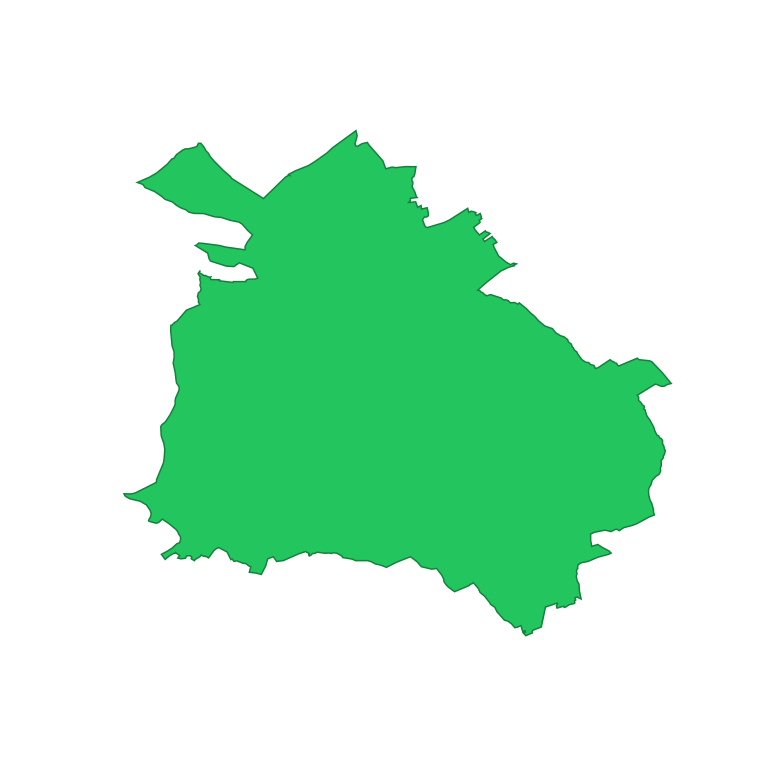 Madulari, Vâlcea, Romania, rotated 166°
{"feature_id": "2599482B97246339752941", "entity_name": "Madulari", "entity_type": "district", "adm_level": 2, "iso_a3": "ROU", "parent_name": "Romania", "parent_adm1": "Vâlcea", "projection": "natural_earth1", "projection_center": [24.096, 44.675], "detail": "fine", "context": "isolated", "style": "filled", "palette": "green", "viewbox_px": 768, "rotation_deg": 166, "n_neighbors": 0, "source": "geoboundaries", "source_scale": "gbopen_adm2", "svg_char_len": 6171}
<svg xmlns="http://www.w3.org/2000/svg" viewBox="0 0 768 768"><g transform="rotate(166 384 384)"><path d="M505.8,662.5L507.8,660.1L509.1,659.5L516.9,659.5L520.1,660.2L523.1,659.6L529.8,656.8L533.6,653.6L535.4,653.7L541.1,649.7L553.4,643.8L561.6,641.4L574.6,639.2L570.4,636.5L569.4,635.4L568.3,632.4L560.2,626.4L554.7,620.3L551.7,616.1L545.3,611.9L542.4,607.9L538.8,604.3L534.0,600.9L531.6,597.8L526.5,595.3L517.7,593.0L508.3,587.4L501.7,585.0L493.6,580.0L485.8,576.3L483.1,573.7L479.0,565.8L475.5,560.5L482.5,554.5L485.5,551.1L486.3,547.8L504.3,555.1L510.6,558.4L526.3,564.5L529.8,565.6L532.0,564.2L533.5,564.0L523.4,553.6L523.4,547.8L522.6,545.2L508.4,536.5L501.2,534.2L495.1,536.6L483.2,528.1L480.9,517.3L483.8,517.0L489.9,518.4L492.0,518.2L493.1,517.5L493.3,516.8L505.4,519.8L506.0,519.1L518.8,524.0L518.4,524.9L526.9,527.3L526.7,529.4L526.2,529.8L527.7,529.9L531.3,532.6L532.4,532.8L536.3,536.7L534.8,538.6L537.7,536.1L536.5,532.0L537.4,530.1L537.5,526.6L538.7,524.4L538.4,520.6L539.7,518.5L542.0,517.4L543.8,514.1L543.5,511.1L544.3,508.3L543.4,505.6L557.9,503.4L569.6,495.1L572.4,494.3L575.6,492.3L576.6,492.5L578.0,487.7L580.4,472.2L579.9,466.2L581.2,460.6L583.5,455.3L583.8,445.9L585.0,436.4L585.0,435.1L583.6,431.0L583.8,429.2L584.8,427.0L589.6,420.8L590.9,417.8L591.3,415.4L592.4,413.5L599.1,405.8L605.3,400.1L609.3,398.3L610.9,396.7L612.7,387.7L612.0,379.2L612.6,373.3L615.4,364.7L617.1,360.8L627.7,346.4L628.8,343.6L651.9,338.4L656.5,338.6L662.8,340.4L662.5,338.5L661.7,337.2L658.4,334.1L648.9,329.2L643.7,324.1L641.5,318.1L641.2,314.9L642.2,312.2L645.5,308.5L645.2,307.6L638.7,304.0L636.1,304.2L631.8,306.5L626.4,300.5L621.1,293.3L619.9,290.7L619.5,287.9L618.4,284.9L619.1,282.1L620.7,279.5L623.9,279.0L629.2,276.1L634.4,274.3L641.2,272.6L638.8,266.7L634.3,268.9L629.9,270.4L627.7,270.3L627.2,271.0L623.8,267.0L626.2,265.0L623.4,263.5L618.8,262.9L617.1,265.0L614.1,264.4L612.6,263.2L612.4,262.2L613.3,261.5L613.2,260.8L610.6,258.4L609.9,259.3L604.1,261.1L602.7,262.3L601.2,260.8L598.1,259.5L596.3,257.7L589.2,263.6L586.1,265.0L584.0,265.3L576.9,259.0L575.1,250.6L573.7,250.9L572.5,248.2L569.6,248.0L564.5,244.4L561.1,242.9L559.3,240.3L557.4,239.0L560.2,233.9L554.2,231.6L549.1,228.9L542.8,236.1L539.2,242.5L533.1,243.1L531.1,237.8L524.3,237.0L508.2,239.8L500.6,240.4L497.6,237.5L498.4,236.5L498.1,235.2L496.0,235.7L494.4,236.8L492.0,236.4L489.6,237.0L482.0,234.0L478.1,233.3L476.2,232.3L473.9,232.5L470.7,231.3L466.2,227.0L466.3,225.7L457.3,221.8L454.3,219.5L442.7,216.6L439.5,214.8L436.0,211.6L430.7,208.9L426.0,205.5L415.0,208.0L400.1,210.0L394.8,203.4L392.0,197.7L382.5,192.8L377.6,192.3L374.1,184.3L373.3,180.4L373.6,177.6L372.4,174.4L370.8,171.5L365.8,165.4L349.7,167.9L349.4,168.7L346.9,168.9L345.4,169.6L342.1,163.3L341.2,158.5L337.8,153.9L334.3,146.2L334.0,144.5L330.5,140.5L329.5,135.7L324.3,125.7L321.5,124.2L318.4,120.7L316.0,115.9L313.0,115.8L309.6,116.5L309.3,110.3L306.8,110.4L306.6,109.6L306.9,109.1L309.1,108.8L307.3,105.5L300.1,106.6L300.2,107.7L299.1,109.1L290.2,110.1L281.3,128.5L268.9,129.5L268.7,128.6L270.4,127.1L270.3,124.7L264.0,124.9L263.4,124.7L263.2,123.7L261.8,123.6L257.9,125.0L252.2,125.0L251.8,125.5L251.6,127.4L250.2,128.0L250.5,130.0L249.9,130.5L248.1,130.5L244.8,127.7L244.4,136.2L243.2,142.7L244.2,146.1L244.0,150.9L242.6,153.2L242.6,155.4L242.0,157.1L240.5,158.3L240.5,159.4L239.4,161.6L235.9,162.8L228.5,162.5L218.5,164.2L207.0,164.4L204.5,165.0L206.2,167.7L211.5,172.4L215.4,176.6L221.7,176.2L221.3,182.2L219.8,188.4L215.6,189.2L204.8,188.7L199.4,185.9L194.3,187.0L192.3,186.2L191.8,185.1L190.9,184.8L186.2,186.6L177.3,186.7L172.3,187.3L159.4,190.7L153.3,191.5L153.5,194.7L152.9,196.9L153.1,203.5L154.0,207.5L154.0,211.9L153.2,216.3L152.3,218.6L149.1,222.0L147.0,225.7L142.3,228.7L139.0,229.8L138.0,230.8L136.5,232.9L136.5,235.0L134.7,237.7L133.5,243.0L132.1,243.5L130.6,245.3L130.4,246.5L128.9,247.9L127.1,251.3L127.5,252.7L127.6,256.9L128.2,258.2L127.4,262.0L128.2,264.0L129.5,264.9L130.1,267.3L131.5,268.3L132.4,272.3L132.8,277.2L134.6,284.3L136.6,289.4L137.0,293.9L136.7,295.4L138.1,297.0L137.0,298.3L137.0,299.8L138.1,300.9L139.5,304.4L140.9,306.4L140.1,309.7L141.0,311.8L121.1,318.2L119.9,317.9L115.7,314.8L113.0,314.0L109.0,315.0L105.2,315.0L111.2,327.6L118.8,340.9L121.0,342.4L130.1,345.7L131.2,346.4L132.0,347.8L151.6,344.7L152.7,345.5L153.3,347.9L154.9,348.6L155.7,350.0L157.3,351.0L158.7,352.9L172.4,348.0L175.1,347.9L175.7,351.1L179.3,353.2L179.5,354.4L180.6,355.5L183.0,356.3L186.1,359.8L188.7,366.1L189.2,368.6L191.1,370.9L191.5,373.2L192.3,374.3L192.6,377.4L194.8,380.1L195.1,382.7L197.9,386.2L201.2,388.3L205.0,392.2L207.2,397.0L213.7,401.2L218.6,407.7L221.5,413.2L224.9,417.9L227.7,422.8L233.2,430.0L234.7,429.0L237.6,431.5L241.3,432.1L242.1,432.7L243.1,434.7L244.7,435.9L247.9,436.8L249.4,439.0L259.0,445.0L262.8,444.7L264.7,446.3L266.0,448.6L268.0,450.2L268.4,451.3L270.3,452.4L259.9,457.8L243.1,465.4L234.8,467.1L228.9,467.2L229.1,467.9L226.5,468.5L229.0,469.9L232.5,469.2L236.2,472.9L241.8,480.4L244.2,490.3L244.3,493.0L240.2,494.1L241.6,497.6L242.8,499.1L243.3,500.9L252.0,498.0L252.9,500.7L244.6,504.3L246.5,506.1L247.9,506.5L248.6,508.1L255.4,505.5L258.2,511.3L259.1,514.3L251.9,517.4L251.6,517.9L251.9,519.8L249.1,520.8L249.5,521.8L249.1,523.0L249.5,526.2L251.7,525.4L253.8,525.4L254.2,527.4L253.3,527.8L254.1,528.7L257.6,530.6L260.1,529.9L260.3,534.2L280.5,527.4L286.7,526.1L304.2,525.3L305.5,526.3L306.1,527.5L306.9,534.1L304.4,536.2L302.4,535.7L300.3,536.5L299.6,538.5L299.5,544.6L305.2,544.7L304.9,548.2L308.6,547.3L309.2,553.1L316.1,554.2L313.9,555.7L313.5,557.8L306.7,556.9L307.3,558.0L307.6,562.8L308.9,568.3L308.8,569.5L307.6,571.1L307.2,573.2L307.7,574.8L307.1,576.8L306.1,577.8L304.8,577.9L304.3,579.3L303.6,579.7L300.4,587.1L310.4,589.7L320.3,591.1L323.6,592.5L330.2,592.4L331.1,600.8L341.0,620.0L341.7,622.4L347.2,622.5L352.1,621.1L353.8,621.8L354.1,623.9L350.0,631.3L349.9,636.6L376.5,625.8L383.2,622.1L397.1,616.6L404.5,614.2L417.8,612.4L425.9,610.5L425.1,609.2L426.0,609.6L429.3,608.7L456.1,593.1L481.8,620.0L482.9,622.5L488.3,630.2L494.8,641.1L497.5,646.5L498.8,650.9L500.3,653.2L501.2,657.0L503.4,661.8L505.8,662.5Z" fill="#22c55e" stroke="#15803d" stroke-width="1.5"/></g></svg>